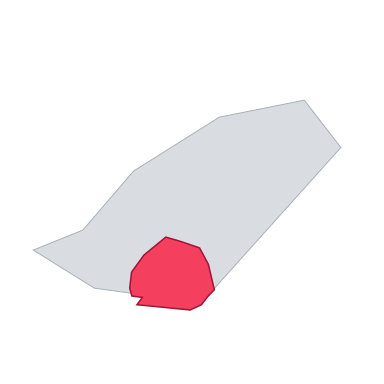 Saint David on a map of Grenada (Robinson projection), rotated 36°
{"feature_id": "GRD-5071", "entity_name": "Saint David", "entity_type": "Parish", "adm_level": 1, "iso_a3": "GRD", "parent_name": "Grenada", "parent_adm1": "", "projection": "robinson", "projection_center": [-61.661, 12.056], "detail": "fine", "context": "in_parent", "style": "filled", "palette": "rose", "viewbox_px": 384, "rotation_deg": 36, "n_neighbors": 0, "source": "natural_earth", "source_scale": "10m", "svg_char_len": 517}
<svg xmlns="http://www.w3.org/2000/svg" viewBox="0 0 384 384"><g transform="rotate(36 192 192)"><path d="M169.5,327.2L97.7,332.3L126.1,286.9L132.4,209.5L170.1,115.4L228.8,51.7L286.3,68.5L264.7,276.4L169.5,327.2Z" fill="#d9dde1" stroke="#a8b0b8" stroke-width="1"/><path d="M267.5,257.9L266.2,267.5L265.9,277.6L259.9,288.5L213.7,315.6L213.7,306.5L204.5,311.5L198.2,306.5L190.2,292.4L190.2,271.2L197.3,243.9L211.5,238.8L231.0,232.8L247.8,240.9L267.5,257.9Z" fill="#f43f5e" stroke="#9f1239" stroke-width="1.5"/></g></svg>